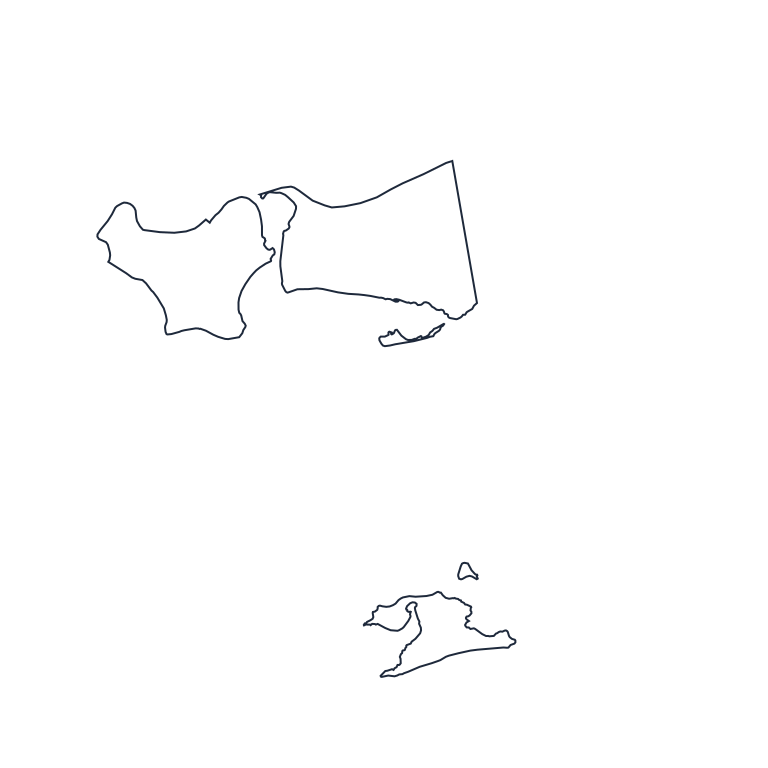 Cidade De Maputo, Maputo, Mozambique (Robinson projection), rotated 59°
{"feature_id": "85939544B59479814848654", "entity_name": "Cidade De Maputo", "entity_type": "district", "adm_level": 2, "iso_a3": "MOZ", "parent_name": "Mozambique", "parent_adm1": "Maputo", "projection": "robinson", "projection_center": [32.742, -25.953], "detail": "fine", "context": "isolated", "style": "outline", "palette": "slate", "viewbox_px": 768, "rotation_deg": 59, "n_neighbors": 0, "source": "geoboundaries", "source_scale": "gbopen_adm2", "svg_char_len": 6162}
<svg xmlns="http://www.w3.org/2000/svg" viewBox="0 0 768 768"><g transform="rotate(59 384 384)"><path d="M157.6,392.9L159.0,392.1L160.4,393.2L162.1,392.9L162.5,392.5L162.7,392.0L162.4,391.1L160.4,386.7L160.4,384.2L160.8,383.0L164.7,377.8L166.3,374.8L167.5,373.7L171.0,371.3L174.4,370.1L181.9,367.9L186.3,367.8L188.5,369.2L193.4,374.9L196.1,381.6L196.7,382.4L197.7,383.4L200.2,383.9L201.0,384.4L201.7,385.7L201.9,389.2L201.4,390.6L201.7,391.5L203.3,393.2L204.6,393.6L225.3,409.6L229.7,412.2L243.5,418.2L245.2,419.7L246.4,420.2L253.4,420.7L255.0,420.4L256.0,419.6L256.3,418.5L258.2,409.4L263.8,399.8L267.3,392.4L271.0,387.6L281.7,376.3L288.3,368.2L294.2,359.6L297.7,355.0L301.5,350.3L307.6,343.6L308.6,341.9L309.9,340.5L312.2,339.0L312.7,337.3L314.5,334.9L319.4,331.7L320.4,329.9L320.4,329.2L320.3,328.8L319.8,328.6L319.1,329.6L318.4,331.9L317.0,332.3L316.8,331.5L317.6,329.7L319.7,327.5L325.6,322.8L326.7,321.5L326.8,320.8L328.6,319.6L329.4,316.6L330.7,315.1L333.8,314.3L335.1,311.6L335.2,310.8L334.7,307.7L335.5,305.9L337.6,304.1L339.8,303.4L342.5,303.0L344.5,301.8L347.4,300.7L349.1,298.6L349.7,296.7L351.2,295.4L352.6,295.3L354.6,295.8L355.2,295.6L356.3,294.2L357.6,293.6L359.2,294.3L360.3,294.2L361.4,293.5L365.7,288.7L366.1,287.5L366.4,284.2L366.2,282.7L365.4,280.6L366.4,278.7L365.1,276.3L365.0,275.4L365.1,269.7L363.2,266.5L362.5,262.6L228.0,210.6L226.5,217.0L224.5,241.8L221.6,264.6L220.7,278.1L220.3,294.0L216.8,311.1L211.4,326.3L205.8,337.8L200.4,342.8L190.1,350.7L174.3,357.3L169.4,359.8L166.9,362.1L163.1,370.7L157.6,392.9ZM137.3,557.4L156.3,547.9L162.8,545.2L165.7,543.0L170.5,537.5L175.2,536.1L184.1,535.2L186.3,534.5L193.2,533.8L205.8,533.8L212.8,535.6L217.2,537.2L219.0,538.5L221.4,541.5L222.8,542.6L226.9,544.4L229.3,544.7L230.0,544.1L231.7,540.5L233.9,532.6L234.2,530.4L235.1,527.5L239.3,516.8L240.9,514.4L241.7,513.9L242.0,513.0L246.6,509.2L253.9,504.9L258.1,501.9L263.5,497.0L265.3,494.4L269.3,484.0L267.5,479.3L265.3,476.8L263.8,473.6L262.8,472.5L260.6,472.3L257.2,472.9L251.7,471.1L250.2,471.0L248.4,471.4L245.4,470.4L239.1,466.7L235.7,463.9L230.9,458.2L227.0,451.4L223.3,443.3L221.8,438.6L220.8,435.0L220.2,430.4L219.9,423.5L220.5,417.7L219.9,417.1L218.4,416.8L216.5,413.1L216.4,411.3L214.8,409.8L212.0,409.0L210.1,409.5L210.2,412.3L209.9,413.2L209.0,414.1L207.1,414.8L203.2,415.2L201.8,414.4L200.2,411.8L199.4,411.9L198.5,411.3L197.4,411.3L195.3,412.4L193.7,412.0L186.0,407.4L179.8,404.7L172.6,402.2L167.1,401.5L163.9,401.5L155.8,404.4L153.5,406.1L150.4,409.6L149.5,411.9L147.7,423.0L147.8,424.7L148.9,429.5L150.6,433.3L152.0,437.6L152.5,441.5L154.7,448.0L156.0,450.3L151.3,452.0L152.9,461.0L153.3,466.0L151.3,475.0L146.4,485.8L138.4,497.9L128.7,510.1L127.6,511.2L123.1,512.0L117.1,511.8L113.7,510.6L107.4,507.6L104.6,507.3L101.8,507.7L98.9,508.9L96.4,511.0L94.6,513.4L94.2,515.6L94.0,521.2L94.5,523.5L98.4,529.7L102.0,536.9L105.8,547.5L108.2,552.5L110.1,553.8L112.8,553.7L119.3,549.2L122.4,549.0L130.0,551.2L132.6,552.4L136.2,555.4L137.3,557.4ZM673.7,405.9L673.1,404.4L671.5,403.5L670.6,403.6L668.4,405.6L665.7,406.6L664.3,406.6L660.3,405.6L659.3,405.7L658.0,406.4L657.5,407.7L657.3,410.0L656.0,411.8L655.7,413.6L655.9,415.1L655.6,416.6L656.5,419.6L654.5,423.7L653.6,424.5L652.6,426.3L649.0,428.6L640.9,432.0L639.7,432.8L638.5,436.1L636.4,436.7L635.2,438.5L633.1,438.8L632.3,438.6L630.9,436.1L630.9,433.3L628.4,434.4L627.2,434.5L626.5,434.1L625.9,433.0L626.5,431.5L626.5,429.9L625.6,427.2L624.2,426.4L622.7,426.5L620.5,424.8L620.3,424.2L619.6,424.1L615.8,426.7L614.8,428.0L612.8,428.2L610.3,429.9L609.2,429.5L608.0,430.7L606.4,431.2L604.9,433.0L603.8,433.6L603.7,434.5L603.1,435.1L601.6,438.8L599.0,441.3L595.4,442.4L592.1,442.7L591.6,443.6L590.3,444.3L589.7,445.4L589.6,451.0L587.6,456.8L582.6,466.5L578.9,471.5L576.7,477.7L576.5,480.1L576.7,482.8L578.2,487.2L578.2,490.2L577.6,493.7L576.2,496.8L573.7,499.9L571.9,501.6L571.5,502.8L571.8,504.2L573.2,505.1L574.1,506.1L574.4,509.0L573.7,510.9L574.4,511.6L578.3,513.2L579.4,514.7L579.5,517.3L579.2,521.1L579.9,522.4L579.3,523.8L580.1,525.4L580.6,525.5L580.8,524.7L580.6,523.8L580.7,523.3L581.5,522.5L583.0,519.9L583.8,519.7L583.5,517.7L585.1,515.4L586.0,514.9L586.4,513.0L593.8,508.6L598.5,505.1L602.5,499.5L602.8,498.0L602.9,494.1L602.5,492.2L599.6,485.2L597.3,481.4L596.6,480.8L594.7,480.3L593.1,478.4L592.7,478.7L592.2,480.0L591.4,480.7L590.5,481.0L589.8,480.5L589.1,480.6L588.8,481.0L587.9,480.8L586.3,478.6L585.4,474.5L585.8,472.0L587.2,470.1L589.2,469.3L590.5,470.1L591.0,470.6L591.3,472.3L591.9,472.9L594.2,473.8L602.5,475.8L605.8,476.0L607.6,477.4L611.8,477.9L614.2,479.1L616.3,481.4L618.6,488.3L619.1,493.0L620.3,494.8L619.5,499.0L619.7,499.6L620.9,500.3L621.3,501.6L622.6,503.0L622.7,503.6L622.1,505.1L622.3,505.8L624.0,507.1L624.3,508.7L626.1,511.0L628.0,511.3L632.0,513.5L632.6,514.9L632.6,515.8L631.8,517.1L633.2,519.1L633.1,521.3L634.0,523.1L632.6,524.0L631.5,528.8L630.7,530.7L632.4,537.2L633.2,537.4L633.9,536.8L636.1,530.5L640.0,525.5L640.7,522.7L640.8,520.5L642.2,517.6L642.2,515.9L643.1,511.5L644.8,499.0L647.9,486.9L649.3,480.2L649.7,477.9L649.7,471.4L650.3,468.2L653.1,458.9L657.0,447.3L659.9,440.7L671.4,417.3L673.5,414.3L674.0,413.1L672.9,409.9L673.7,405.9ZM362.8,335.9L366.6,323.5L367.2,320.3L368.4,317.1L367.2,315.2L366.8,313.8L366.7,309.5L366.2,307.9L364.8,306.4L364.4,305.5L364.4,303.3L363.6,301.6L363.3,301.7L363.2,302.4L363.1,309.6L362.5,312.7L363.4,315.1L363.6,318.0L365.0,320.4L365.1,323.5L364.4,326.8L364.1,327.8L362.4,327.4L361.9,327.7L361.6,331.1L361.9,333.2L361.1,334.3L360.5,337.5L358.6,340.8L356.9,342.1L351.5,344.2L344.2,345.0L343.7,346.0L343.7,346.9L345.5,349.4L345.6,351.0L345.5,351.8L344.9,352.1L344.4,351.9L344.4,350.8L344.0,350.7L341.9,352.5L341.9,353.2L342.3,353.8L344.1,354.7L344.2,355.4L343.8,358.9L341.7,362.3L342.0,363.9L342.5,364.6L344.2,365.4L348.1,365.5L350.5,365.1L352.0,363.8L354.1,359.0L355.7,354.0L362.8,335.9ZM596.6,403.5L596.1,402.5L595.4,402.4L594.7,403.4L593.7,403.9L588.8,404.9L581.1,404.5L578.8,407.0L578.3,408.3L578.2,409.7L579.9,412.2L585.4,418.4L586.8,419.3L589.6,419.9L591.1,418.6L591.5,417.2L591.6,412.6L592.5,409.5L594.3,407.7L599.1,405.1L599.1,403.9L596.6,403.5Z" fill="none" stroke="#1e293b" stroke-width="2"/></g></svg>